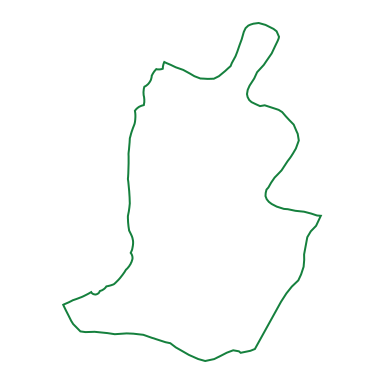 outline of Banha, Al Qalyubiyah, Egypt
{"feature_id": "37247803B4989882956634", "entity_name": "Banha", "entity_type": "district", "adm_level": 2, "iso_a3": "EGY", "parent_name": "Egypt", "parent_adm1": "Al Qalyubiyah", "projection": "orthographic", "projection_center": [31.184, 30.466], "detail": "fine", "context": "isolated", "style": "outline", "palette": "green", "viewbox_px": 384, "rotation_deg": 0, "n_neighbors": 0, "source": "geoboundaries", "source_scale": "gbopen_adm2", "svg_char_len": 5042}
<svg xmlns="http://www.w3.org/2000/svg" viewBox="0 0 384 384"><path d="M63.2,304.8L65.7,310.0L68.1,314.7L71.2,320.9L73.2,324.1L80.4,331.4L85.5,332.1L94.6,331.8L107.5,333.1L114.8,334.2L126.6,333.4L131.6,333.6L133.5,333.7L143.3,334.8L152.1,337.9L153.9,338.4L155.9,339.1L165.5,342.2L170.3,343.2L175.8,347.4L181.6,350.7L188.9,354.9L198.1,359.0L205.2,361.0L214.1,359.1L221.0,355.7L226.8,352.7L233.2,350.3L238.9,351.3L240.7,352.8L250.4,350.8L254.9,349.0L281.0,301.8L286.4,293.4L289.5,289.5L291.8,286.6L298.3,280.4L301.1,274.4L303.6,266.8L304.2,259.9L304.1,254.4L307.3,237.2L310.8,231.3L316.1,225.8L320.8,215.8L317.0,215.5L311.3,213.6L304.0,211.7L300.1,211.3L295.4,210.8L287.8,209.2L283.9,208.9L276.7,206.6L271.7,204.0L268.8,201.8L266.7,199.2L265.5,196.1L265.7,192.9L266.5,189.6L268.4,187.5L271.1,182.7L274.6,177.6L278.4,173.7L281.6,170.3L287.5,161.3L290.3,157.6L291.9,155.2L292.2,154.6L292.6,154.1L295.9,148.5L298.8,140.5L297.7,133.8L296.5,131.2L293.7,124.6L289.4,120.2L285.7,116.2L282.2,112.1L278.7,109.9L276.4,109.1L264.7,105.3L260.0,106.1L255.4,104.0L251.5,102.1L249.2,100.0L247.6,97.0L247.0,94.1L247.7,89.9L249.6,85.6L254.2,78.5L257.1,72.2L263.8,64.9L266.5,60.9L271.7,53.4L274.9,46.6L277.7,40.8L278.6,38.6L279.0,36.8L276.6,31.3L273.5,28.9L265.5,24.9L258.7,23.0L253.4,23.7L250.5,24.6L248.3,25.6L245.6,28.1L243.8,31.9L241.7,39.3L239.6,45.0L237.3,51.7L235.5,56.3L231.8,63.1L230.6,66.1L228.0,68.4L225.2,71.0L218.9,76.2L213.9,78.7L207.8,78.9L203.0,78.6L200.4,78.5L194.4,76.2L189.8,73.5L183.2,69.9L175.8,67.3L170.8,64.9L166.1,62.9L164.3,62.0L164.0,62.6L163.7,63.5L163.4,64.4L163.2,65.3L163.0,66.2L162.9,66.7L162.9,67.2L162.8,68.1L162.8,68.7L162.6,68.8L161.9,69.0L161.2,69.2L160.5,69.3L159.7,69.4L159.0,69.4L158.3,69.4L157.6,69.4L157.2,69.3L156.9,69.3L156.3,69.1L156.0,69.4L155.3,70.2L155.0,70.6L154.6,71.0L154.0,71.8L153.7,72.3L153.4,72.7L152.9,73.6L152.6,74.0L152.4,74.5L151.9,75.4L151.7,75.8L151.7,76.4L151.6,77.2L151.4,78.0L151.2,78.8L151.0,79.5L150.7,80.3L150.3,81.0L149.9,81.7L149.5,82.3L149.0,83.0L148.5,83.6L148.0,84.2L147.4,84.7L146.8,85.2L146.2,85.7L145.9,85.9L145.5,86.1L144.8,86.5L144.6,86.6L144.4,86.7L144.2,87.4L144.0,88.0L143.8,89.0L143.7,90.0L143.6,91.0L143.5,92.0L143.5,92.5L143.5,93.0L143.6,94.0L143.6,94.5L143.6,95.0L143.8,95.8L143.9,96.3L144.1,97.3L144.2,98.3L144.2,98.7L144.3,99.2L144.3,100.2L144.3,100.7L144.3,101.2L144.3,102.2L144.2,102.7L144.1,103.1L144.0,104.1L143.8,105.1L143.1,105.3L142.4,105.5L141.9,105.6L141.6,105.7L140.9,106.0L140.2,106.3L139.8,106.5L139.5,106.6L138.8,107.0L138.5,107.3L138.1,107.5L137.5,108.0L136.9,108.5L136.4,109.0L135.8,109.6L135.4,110.2L134.9,110.8L135.1,112.0L135.3,113.3L135.3,114.0L135.4,114.6L135.4,115.9L135.4,116.5L135.4,117.2L135.3,118.5L135.3,119.1L135.2,119.8L135.1,121.0L135.0,121.7L134.9,122.3L134.6,123.6L134.6,123.8L134.5,124.0L133.8,125.9L133.0,127.9L132.3,129.9L131.6,131.9L131.0,133.9L130.5,135.9L130.1,137.3L129.9,138.0L129.8,138.5L129.8,138.9L129.6,142.4L129.3,145.8L129.0,149.3L128.6,152.7L128.6,153.2L128.5,153.7L128.6,156.5L128.6,159.9L128.6,163.3L128.5,166.7L128.4,170.1L128.3,173.4L128.1,176.8L127.9,179.0L128.3,181.8L128.6,184.9L128.9,188.1L129.2,191.2L129.4,194.4L129.6,197.6L129.7,200.7L129.8,203.5L129.6,205.3L129.4,207.3L129.1,209.4L128.8,211.5L128.4,213.5L128.0,215.6L127.9,216.0L127.9,216.3L127.9,218.3L128.0,219.8L128.0,220.0L128.0,220.3L128.1,222.4L128.3,224.4L128.5,226.4L128.8,228.4L129.1,230.4L129.1,230.5L129.9,232.1L130.9,234.1L131.8,236.1L132.1,236.9L132.4,237.8L132.6,238.7L132.7,239.2L132.8,239.7L133.0,240.6L133.0,241.1L133.1,241.5L133.1,242.5L133.1,243.0L133.1,243.4L133.0,244.4L133.0,244.8L132.9,245.3L132.8,246.2L132.7,246.4L132.7,246.6L132.6,247.2L132.4,248.2L132.3,248.7L132.2,249.2L131.9,250.2L131.7,250.6L131.5,251.1L131.1,252.1L130.7,252.9L130.9,253.2L131.2,253.6L131.3,253.7L131.6,254.3L131.9,254.9L132.0,255.2L132.1,255.5L132.3,256.1L132.4,256.7L132.5,257.4L132.5,258.0L132.5,258.7L132.5,258.8L132.3,259.5L132.0,260.5L131.8,261.0L131.7,261.5L131.3,262.4L131.0,262.9L130.8,263.4L130.4,264.3L130.1,264.7L129.8,265.1L129.3,266.0L129.0,266.4L128.7,266.8L128.0,267.6L127.7,268.0L127.4,268.4L126.6,269.1L125.9,269.8L125.4,270.6L124.5,272.1L123.5,273.5L122.5,274.9L121.4,276.3L120.4,277.6L119.3,278.9L118.1,280.2L116.9,281.4L115.7,282.6L114.4,283.8L114.0,284.1L113.5,284.4L112.4,284.8L111.8,285.0L111.3,285.2L110.2,285.5L109.6,285.7L109.0,285.8L107.9,286.1L106.8,286.3L106.4,286.4L106.2,286.6L105.9,287.1L105.3,287.8L104.8,288.3L104.3,288.8L103.7,289.2L103.1,289.6L102.5,290.0L102.2,290.2L101.8,290.3L101.6,290.4L101.2,290.6L100.5,290.8L99.8,291.1L99.6,291.5L99.4,292.0L99.2,292.3L98.9,292.8L98.6,293.1L98.2,293.4L97.8,293.7L97.4,293.9L97.0,294.1L96.5,294.3L96.1,294.4L95.6,294.5L95.1,294.5L94.6,294.4L94.1,294.3L93.7,294.2L93.2,294.0L92.8,293.8L92.4,293.5L92.0,293.2L91.7,292.9L91.4,292.5L91.2,292.1L90.3,292.6L88.6,293.6L86.9,294.5L85.1,295.4L83.3,296.3L81.5,297.1L79.6,297.8L77.8,298.5L75.9,299.2L74.1,299.8L73.6,300.0L73.1,300.1L71.0,301.2L68.8,302.3L66.5,303.3L64.2,304.3L63.7,304.5L63.2,304.8Z" fill="none" stroke="#15803d" stroke-width="2"/></svg>